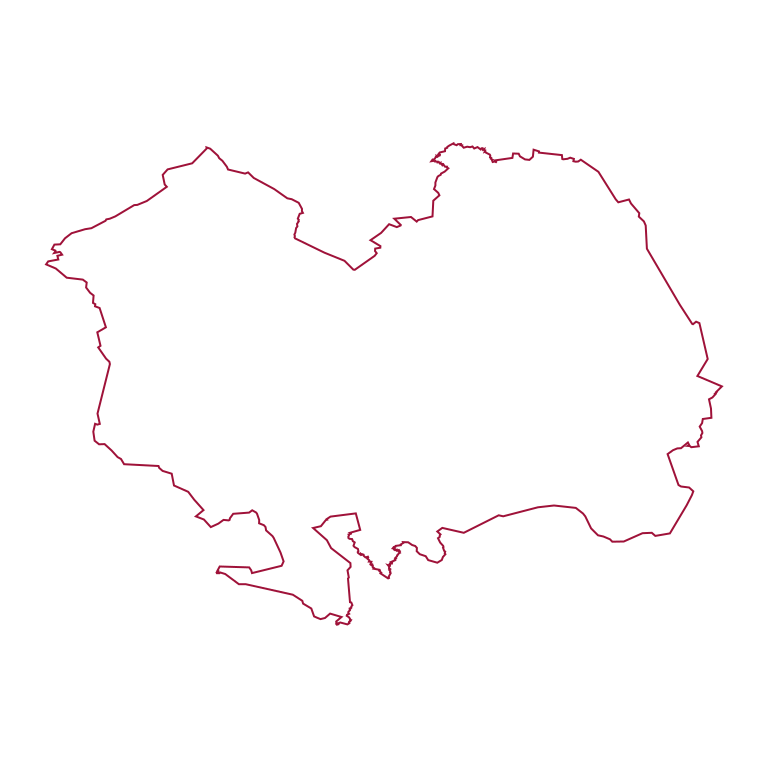 Zvārdes pag., Saldus, Latvia
{"feature_id": "27541924B82314272532739", "entity_name": "Zvārdes pag.", "entity_type": "district", "adm_level": 2, "iso_a3": "LVA", "parent_name": "Latvia", "parent_adm1": "Saldus", "projection": "robinson", "projection_center": [22.598, 56.546], "detail": "fine", "context": "isolated", "style": "outline", "palette": "rose", "viewbox_px": 768, "rotation_deg": 0, "n_neighbors": 0, "source": "geoboundaries", "source_scale": "gbopen_adm2", "svg_char_len": 6078}
<svg xmlns="http://www.w3.org/2000/svg" viewBox="0 0 768 768"><path d="M699.4,323.1L696.1,321.7L693.0,324.2L692.2,323.9L679.9,304.9L646.9,248.7L645.7,225.5L643.9,221.4L638.8,216.6L639.3,213.2L631.0,203.5L629.0,199.5L618.3,202.3L615.7,199.3L598.4,171.8L580.8,159.7L578.2,161.5L575.7,161.7L573.4,161.2L573.9,158.9L570.2,157.7L567.5,158.8L563.2,159.3L562.3,159.0L561.9,155.1L538.9,152.6L539.0,151.4L533.6,149.7L532.9,156.7L529.4,159.9L525.0,159.4L519.9,156.3L518.7,153.7L513.1,153.5L512.4,157.9L495.0,160.4L496.7,162.5L494.8,161.5L492.7,162.0L492.0,160.3L492.5,159.7L490.9,158.8L491.2,157.9L490.0,157.4L490.3,155.7L489.8,154.6L485.9,152.6L485.4,151.6L484.6,151.9L485.2,150.4L483.9,150.0L484.2,149.1L483.0,149.8L482.6,148.2L481.5,148.3L480.7,149.5L477.5,147.1L474.2,148.5L472.5,146.5L470.1,147.2L467.2,146.7L463.7,147.7L462.1,146.0L462.2,145.3L460.5,145.2L460.8,144.0L457.8,144.2L456.6,145.2L453.9,144.2L453.6,143.3L449.4,145.5L447.3,146.9L447.2,147.8L445.2,148.5L445.0,151.2L439.7,152.5L438.4,154.2L439.9,154.7L439.8,155.4L437.8,156.2L436.6,155.8L437.0,156.9L435.7,157.0L435.0,158.5L433.7,159.6L432.6,159.5L431.4,161.2L433.9,160.8L434.6,161.4L435.4,161.0L435.9,161.6L437.8,161.7L437.7,162.4L439.3,162.3L439.8,163.3L440.5,162.9L440.4,163.7L442.2,163.9L441.9,164.6L442.4,165.3L443.4,164.4L444.9,166.6L446.8,166.7L446.6,167.2L448.3,168.3L444.7,171.6L441.0,173.6L440.7,174.8L438.4,176.0L437.4,177.1L435.4,182.5L435.4,185.5L434.0,189.1L438.2,192.8L439.4,195.3L433.3,200.7L432.5,216.4L418.1,220.1L416.7,221.6L411.0,217.0L394.3,218.7L400.8,225.0L400.6,225.5L396.8,227.1L389.1,224.2L381.1,232.9L370.5,240.2L380.4,246.1L380.3,247.7L375.2,248.6L375.0,251.0L376.7,253.2L374.7,255.8L354.8,269.8L353.3,269.6L344.5,260.8L324.5,252.7L295.1,238.4L294.5,237.3L294.9,236.1L294.4,234.5L295.3,232.7L296.1,228.1L297.4,226.4L297.0,223.9L298.6,221.6L298.3,221.4L298.8,219.8L297.8,218.7L299.7,213.8L302.9,212.9L301.9,211.1L302.0,208.9L298.7,202.8L291.7,199.2L287.3,198.3L274.1,189.0L253.8,178.0L248.1,172.4L245.1,173.6L228.0,169.5L226.9,166.8L222.4,160.8L219.2,158.2L217.9,155.7L210.2,148.7L206.5,147.4L206.7,148.5L192.2,163.3L167.6,169.4L162.7,174.9L164.7,184.5L166.8,186.8L146.8,201.0L137.3,204.9L134.2,205.1L115.3,216.4L109.8,218.7L106.3,219.4L105.5,220.8L91.4,228.2L85.1,229.2L71.6,233.2L65.0,238.3L60.3,244.3L54.4,244.6L51.9,249.2L55.4,250.6L55.6,251.1L54.2,253.0L59.5,251.9L60.3,252.2L62.1,254.7L57.4,255.8L58.3,259.5L48.2,261.4L46.1,264.4L55.8,268.5L66.7,277.7L82.8,279.6L86.7,282.5L86.1,287.5L90.1,292.8L93.6,295.5L93.0,302.9L95.3,304.2L95.0,306.3L99.6,308.0L105.9,327.3L97.3,332.3L100.5,345.8L98.2,347.4L106.1,358.7L109.4,361.8L109.9,364.1L97.5,413.6L99.8,423.9L97.3,424.6L95.1,423.8L93.3,431.7L94.6,440.7L99.1,444.3L104.6,444.1L111.6,450.5L117.6,457.1L121.0,459.0L124.1,464.2L158.5,466.0L159.2,467.9L162.6,470.9L171.7,473.7L174.0,485.5L188.2,491.8L194.2,499.7L203.5,510.1L195.9,516.4L203.9,519.5L210.8,527.1L218.4,523.6L223.5,519.9L228.7,520.4L229.6,519.9L229.9,518.3L233.2,513.8L249.1,512.6L252.2,510.3L256.1,512.5L257.0,513.7L259.2,520.0L259.1,523.3L263.9,525.2L265.5,527.0L266.1,530.4L272.5,536.1L273.7,537.9L280.5,552.5L283.6,561.4L281.6,565.8L252.0,573.1L251.2,570.3L249.2,567.4L219.7,566.5L217.4,570.8L219.2,571.4L217.7,571.6L216.6,572.5L216.9,573.2L219.5,573.2L220.3,572.5L225.2,574.0L238.9,584.2L245.7,584.2L292.8,594.7L302.3,600.8L303.1,603.6L311.3,608.5L314.1,616.4L317.0,617.7L320.5,619.1L325.0,618.0L330.1,613.6L341.5,617.0L336.2,621.5L336.4,623.0L337.4,623.2L336.3,624.0L336.9,624.7L338.5,624.2L339.2,622.9L340.3,622.5L347.4,624.4L349.2,623.3L348.8,622.8L349.1,621.8L350.1,621.5L351.0,620.1L350.0,619.8L350.1,619.0L349.0,617.3L346.7,615.8L347.0,614.8L349.1,613.8L348.3,612.9L348.4,611.8L349.9,610.3L349.7,609.7L350.5,608.7L350.0,608.3L351.3,607.7L351.3,606.5L352.4,605.2L351.3,602.5L350.0,602.2L348.0,578.5L348.8,577.5L347.5,570.3L350.6,566.9L350.4,563.1L331.1,548.1L326.9,540.2L313.1,528.0L320.9,526.2L325.8,520.1L327.1,519.7L326.7,519.1L330.5,516.6L355.8,513.4L360.2,529.9L350.3,532.7L351.1,533.1L351.0,533.7L348.6,534.5L349.0,535.3L348.3,536.8L348.5,538.1L349.5,538.8L352.1,539.1L352.8,541.1L354.7,542.4L353.5,545.8L354.6,547.1L357.9,548.9L358.4,551.2L357.7,552.1L357.9,552.8L359.7,554.2L360.4,553.6L361.0,555.0L361.9,554.8L361.5,554.5L361.9,554.1L363.6,554.7L363.8,555.9L365.5,557.4L367.9,556.7L368.2,557.5L367.3,558.6L369.1,560.1L369.5,560.8L369.0,561.6L371.4,561.8L370.4,564.4L371.2,565.0L372.1,564.6L372.1,565.4L372.8,565.5L372.7,567.1L374.0,568.0L373.5,568.7L379.6,569.8L379.9,570.3L379.3,570.9L381.2,572.7L380.5,573.4L388.1,578.4L389.0,578.0L388.7,576.7L390.7,573.1L390.0,572.3L390.3,571.2L389.2,569.9L390.2,569.1L389.0,568.2L389.2,566.7L388.0,565.2L389.9,565.8L390.1,565.0L389.3,564.5L390.2,563.2L391.9,563.5L392.2,562.2L391.4,561.8L395.2,560.2L394.9,559.5L395.9,558.6L395.2,558.1L397.0,556.3L397.1,555.3L398.2,554.5L398.5,553.5L399.9,552.8L399.4,552.2L399.8,551.5L398.9,551.2L399.4,550.7L398.9,550.0L396.9,550.6L396.8,549.7L395.1,550.2L394.3,549.7L395.0,549.0L394.7,548.6L392.8,548.3L393.8,547.0L395.4,546.8L395.6,545.9L400.8,545.2L400.7,544.5L403.5,542.8L403.1,542.1L408.2,542.3L412.1,545.0L415.2,546.0L416.9,547.9L416.7,551.2L419.8,554.2L425.7,556.2L428.2,560.1L437.3,562.7L441.8,560.0L442.9,557.0L445.4,554.2L444.7,553.2L445.2,551.6L444.2,550.9L443.0,547.6L443.5,547.1L443.2,545.9L440.2,542.6L438.0,538.2L439.7,536.9L439.8,535.2L440.5,534.4L437.3,531.5L442.3,527.9L463.8,532.8L498.7,515.3L503.2,516.3L537.9,507.3L554.0,505.5L575.8,507.9L583.0,513.5L585.3,516.4L591.1,528.4L598.0,535.3L603.4,536.5L610.0,539.3L612.3,541.7L623.8,541.5L642.5,533.2L651.8,532.8L655.3,535.9L669.9,533.4L686.7,505.2L691.9,495.1L693.3,491.3L689.1,487.5L681.0,486.5L678.5,485.0L667.6,454.1L673.0,450.2L677.3,448.4L681.0,448.2L687.9,442.5L689.2,445.0L687.7,445.9L689.9,446.1L691.3,447.2L698.8,446.3L697.5,441.9L701.4,437.3L701.0,435.4L702.4,433.0L702.1,431.1L699.7,426.6L702.1,423.1L702.8,419.0L711.4,417.8L711.0,408.6L709.0,399.3L712.4,397.5L715.6,394.0L715.0,393.7L716.6,392.1L716.3,391.9L721.9,386.4L697.4,376.0L707.7,359.0L699.4,323.1Z" fill="none" stroke="#9f1239" stroke-width="2"/></svg>